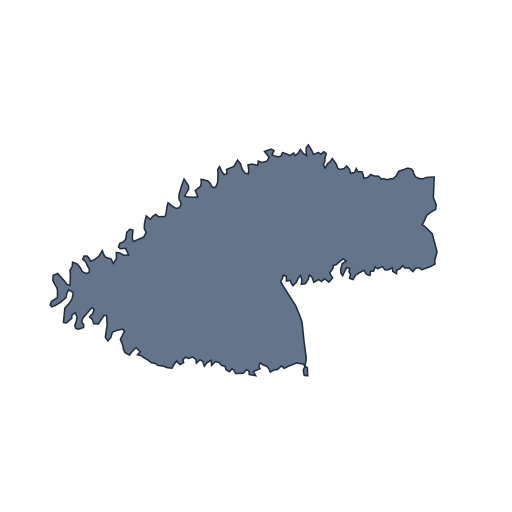 the district of Iretama, Paraná, Brazil, rotated 221°
{"feature_id": "56859067B93309478816761", "entity_name": "Iretama", "entity_type": "district", "adm_level": 2, "iso_a3": "BRA", "parent_name": "Brazil", "parent_adm1": "Paraná", "projection": "equal_earth", "projection_center": [-52.101, -24.358], "detail": "fine", "context": "isolated", "style": "filled", "palette": "slate", "viewbox_px": 512, "rotation_deg": 221, "n_neighbors": 0, "source": "geoboundaries", "source_scale": "gbopen_adm2", "svg_char_len": 4882}
<svg xmlns="http://www.w3.org/2000/svg" viewBox="0 0 512 512"><g transform="rotate(221 256 256)"><path d="M280.7,103.7L276.9,105.6L274.1,105.6L269.7,106.5L264.8,106.9L261.3,109.0L258.4,109.0L255.4,111.0L252.7,112.5L250.1,113.3L245.8,116.1L246.6,120.1L247.1,124.6L242.2,124.1L240.6,128.0L243.1,129.8L242.7,133.6L239.8,134.3L237.7,138.1L233.5,138.5L230.7,136.0L230.2,141.0L226.9,141.4L222.7,139.0L223.1,142.7L221.6,147.8L217.7,144.4L217.5,149.5L214.1,151.3L210.2,150.8L207.0,152.4L204.1,150.5L200.2,151.1L200.0,155.2L197.6,155.2L194.1,154.0L188.6,159.3L188.7,163.9L185.5,164.5L183.4,162.1L177.7,165.5L182.1,167.0L180.9,169.8L179.0,173.6L181.6,174.6L182.6,178.2L179.6,178.3L175.3,179.9L172.5,179.4L169.1,177.8L167.5,182.1L165.3,184.4L164.6,189.9L161.0,189.6L159.5,193.4L158.1,196.3L156.6,199.1L155.2,202.0L152.7,203.3L149.8,205.4L146.7,205.0L150.0,210.5L152.4,213.2L155.2,215.5L159.7,219.6L163.9,223.2L177.7,236.2L183.4,239.5L193.1,244.4L217.8,251.8L220.7,253.1L221.4,256.4L222.8,259.4L219.7,260.5L216.6,257.0L214.2,260.1L211.0,258.3L208.6,257.8L208.3,262.4L209.7,267.3L209.7,270.6L205.8,268.1L203.2,264.4L200.6,267.4L201.3,272.8L203.3,276.7L199.8,276.7L195.1,274.1L193.3,279.3L190.0,279.7L189.1,283.8L186.6,284.0L183.8,284.1L183.8,289.8L186.4,290.5L189.4,291.7L189.8,297.1L191.4,299.6L189.7,302.3L189.0,307.9L188.1,311.2L184.5,311.2L186.0,307.0L183.3,301.4L180.7,298.7L177.6,298.0L179.0,302.4L179.9,306.7L177.2,308.1L175.5,305.1L172.6,304.1L170.8,300.5L167.4,301.8L168.3,307.1L166.8,311.7L165.0,316.1L160.8,314.6L157.2,316.1L159.5,319.5L157.3,321.8L158.8,325.9L155.7,326.3L153.8,330.9L149.4,330.2L146.9,332.7L145.5,336.4L142.7,334.1L138.4,334.9L140.4,337.6L138.9,341.2L139.0,344.9L135.8,344.6L132.5,347.4L127.2,347.2L127.6,351.5L125.2,354.1L121.8,354.5L120.2,357.5L117.8,361.5L115.6,367.3L118.6,370.5L120.0,373.8L122.2,378.0L137.7,388.5L147.9,389.0L151.2,388.7L151.7,391.8L152.7,395.0L153.8,398.9L152.4,405.3L150.9,409.0L153.7,413.0L160.4,416.4L173.3,432.5L175.8,430.2L178.5,427.5L180.8,423.6L183.6,421.5L187.4,420.4L190.9,421.6L193.4,423.3L196.2,423.5L199.2,421.8L201.0,418.5L203.8,413.9L202.8,408.0L203.2,404.2L205.5,402.2L207.1,399.6L210.3,398.1L212.2,396.2L216.0,396.6L219.0,394.1L223.0,392.7L223.2,388.8L225.5,385.4L228.4,387.6L231.4,389.1L234.3,386.5L237.7,387.8L236.4,383.6L239.0,380.6L242.5,382.8L246.5,383.5L247.0,379.6L249.5,376.3L252.2,375.9L255.4,377.9L258.7,378.8L262.4,379.6L261.9,375.9L262.5,372.7L261.5,367.6L264.9,369.1L266.1,372.3L268.6,375.9L270.2,379.4L273.3,379.2L273.9,375.4L276.9,375.1L279.1,370.5L283.9,372.5L289.4,374.2L289.2,370.7L286.8,367.8L283.6,365.0L287.6,364.4L292.5,365.5L291.5,360.9L292.4,357.5L295.2,358.4L296.1,354.2L300.3,352.9L303.8,351.5L302.7,347.4L305.2,344.7L310.3,342.8L311.6,347.4L314.8,346.5L318.2,340.5L310.9,339.0L309.9,334.8L312.8,330.5L316.6,329.1L314.2,325.5L316.9,324.1L319.6,322.5L321.8,319.5L317.9,316.1L315.7,313.1L318.4,311.3L322.8,312.2L328.6,315.6L332.8,316.3L331.4,309.2L335.0,302.0L331.9,299.2L333.5,296.4L337.2,297.3L342.2,299.6L341.6,296.0L338.7,293.2L336.1,290.0L333.1,286.1L331.6,281.3L334.0,279.2L338.2,280.8L341.7,281.1L347.8,277.9L345.3,275.2L343.6,272.4L344.8,265.6L338.6,262.4L342.4,258.7L346.5,255.5L349.3,254.5L350.0,258.1L350.7,262.3L353.0,264.7L360.8,266.9L358.1,259.9L354.9,252.8L352.8,249.7L350.6,248.0L348.0,247.2L346.0,245.0L345.8,241.4L347.9,239.4L351.2,238.8L357.3,238.5L355.4,234.5L351.7,229.0L350.6,226.0L355.4,221.7L359.0,221.8L359.9,218.2L359.8,214.4L365.2,214.2L361.4,207.2L358.6,203.6L354.2,201.5L353.2,196.6L358.1,186.4L361.2,188.4L365.8,194.8L368.7,193.5L369.1,189.0L365.4,183.3L365.3,180.0L367.1,176.2L365.7,172.5L363.2,172.5L359.5,176.2L352.9,173.3L356.0,170.0L360.9,168.9L363.8,167.0L359.7,162.7L358.7,156.8L363.6,158.7L368.3,156.5L371.1,156.9L375.6,159.3L374.4,152.7L375.5,147.6L377.1,143.7L383.1,145.3L385.7,143.3L384.8,139.9L380.4,139.8L376.0,137.6L373.0,136.8L371.2,133.9L372.7,131.4L377.0,130.2L379.6,131.4L382.8,132.3L386.0,132.6L390.4,131.0L387.7,127.3L387.0,123.0L384.8,121.1L382.7,118.8L377.1,111.8L380.1,110.4L383.1,111.3L389.9,112.2L394.3,112.7L396.4,108.4L393.4,104.3L389.4,102.6L385.7,101.5L383.4,99.9L378.6,94.4L380.6,87.5L379.2,84.0L376.8,83.6L375.2,86.6L373.1,92.8L372.1,100.1L374.5,104.1L375.1,107.6L369.9,108.5L366.6,102.8L365.9,96.9L366.1,91.2L357.7,79.5L355.2,81.0L354.2,88.2L356.3,90.8L355.1,94.8L351.2,92.6L349.0,89.3L347.1,84.6L344.7,83.2L342.2,84.0L339.2,88.9L341.1,91.2L344.4,91.9L345.9,95.3L346.0,109.4L343.1,109.4L341.4,105.1L341.7,100.8L337.8,100.7L334.0,98.4L330.4,101.2L331.7,111.5L329.5,112.9L327.1,110.4L322.7,105.8L320.4,101.9L316.3,95.7L312.1,94.8L312.1,99.2L314.4,104.3L311.9,109.0L308.7,113.3L305.9,113.1L305.0,109.3L303.7,104.1L297.7,101.0L295.0,98.6L291.3,97.1L286.5,98.2L286.8,101.8L286.4,108.1L280.5,107.7L280.7,103.7ZM146.7,205.0L145.4,200.8L141.3,197.5L138.4,199.5L144.0,205.4L146.7,205.0Z" fill="#64748b" stroke="#1e293b" stroke-width="1.5"/></g></svg>